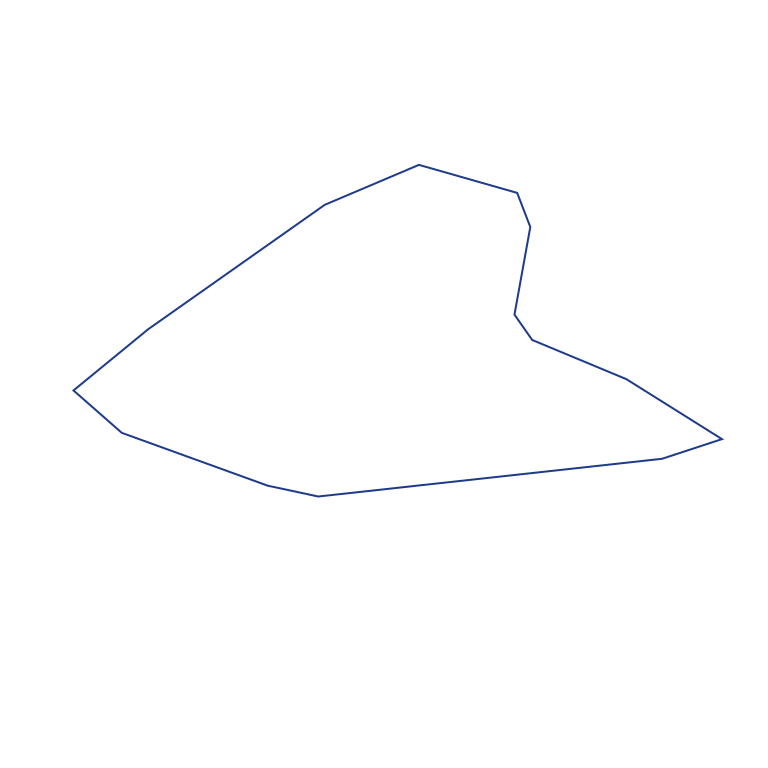 the border of Labuan, rotated 246°
{"feature_id": "MYS-4833", "entity_name": "Labuan", "entity_type": "Federal Territory", "adm_level": 1, "iso_a3": "MYS", "parent_name": "Malaysia", "parent_adm1": "", "projection": "robinson", "projection_center": [115.218, 5.32], "detail": "fine", "context": "isolated", "style": "outline", "palette": "blue", "viewbox_px": 768, "rotation_deg": 246, "n_neighbors": 0, "source": "natural_earth", "source_scale": "10m", "svg_char_len": 345}
<svg xmlns="http://www.w3.org/2000/svg" viewBox="0 0 768 768"><g transform="rotate(246 384 384)"><path d="M529.9,190.6L571.8,402.7L570.0,505.0L504.4,583.4L467.9,581.5L394.3,531.4L363.9,537.3L289.8,607.4L196.2,670.3L202.6,607.6L308.0,278.1L338.4,236.4L446.0,124.6L504.4,97.7L529.9,190.6Z" fill="none" stroke="#1e3a8a" stroke-width="2"/></g></svg>